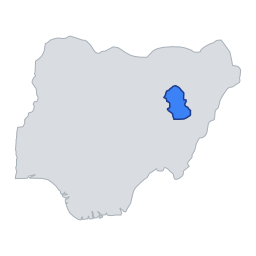 Gombe highlighted on a map of Nigeria
{"feature_id": "NGA-2859", "entity_name": "Gombe", "entity_type": "State", "adm_level": 1, "iso_a3": "NGA", "parent_name": "Nigeria", "parent_adm1": "", "projection": "orthographic", "projection_center": [11.213, 10.454], "detail": "fine", "context": "in_parent", "style": "filled", "palette": "blue", "viewbox_px": 256, "rotation_deg": 0, "n_neighbors": 0, "source": "natural_earth", "source_scale": "10m", "svg_char_len": 4289}
<svg xmlns="http://www.w3.org/2000/svg" viewBox="0 0 256 256"><path d="M221.3,40.1L229.9,52.0L231.8,60.9L232.5,65.3L234.0,65.8L236.6,66.0L238.6,66.9L239.7,68.3L240.5,69.7L240.6,70.5L240.1,75.8L239.5,77.8L239.9,80.4L239.8,81.5L239.5,82.3L238.3,83.2L236.7,84.1L232.9,86.7L231.8,87.1L230.1,87.2L228.7,87.8L227.1,89.2L223.5,94.3L220.4,99.5L218.2,107.8L215.5,110.4L215.0,112.7L214.6,117.9L214.2,119.5L213.8,119.9L210.9,120.9L209.2,122.1L208.2,124.5L206.9,132.5L206.4,133.8L205.5,135.2L204.0,136.7L202.7,137.5L199.3,138.1L196.1,144.1L196.0,145.2L194.6,150.6L192.1,154.7L192.0,157.4L188.9,161.0L187.3,163.5L188.9,166.0L189.1,166.4L183.7,170.8L183.4,171.5L183.2,174.5L182.7,175.3L181.8,176.4L180.3,177.6L178.9,178.5L177.2,179.2L175.6,179.4L174.7,179.0L174.2,178.1L173.3,174.5L172.8,173.7L171.8,172.9L167.7,168.9L165.2,167.5L164.7,167.6L164.2,167.9L163.5,170.0L162.8,170.7L161.5,171.0L159.2,171.0L157.6,170.7L157.2,170.3L156.4,168.7L151.3,172.4L149.5,173.2L147.2,177.5L143.9,179.7L141.7,181.6L135.7,187.5L134.5,189.2L133.3,191.8L130.7,202.9L126.6,209.9L126.0,211.3L125.8,211.3L125.2,211.9L123.6,211.5L122.9,210.2L121.9,210.0L120.2,208.1L119.9,208.4L121.7,213.2L121.0,215.0L115.9,215.0L111.6,215.6L108.6,215.5L107.1,214.8L106.5,213.0L106.2,213.2L106.1,214.2L105.1,214.9L101.8,215.0L100.3,213.8L99.1,212.4L97.8,211.8L98.0,212.3L99.5,213.7L99.3,215.6L96.6,217.8L94.9,217.9L93.8,217.0L93.3,215.4L93.0,213.1L92.3,211.5L91.9,211.5L92.4,214.0L92.4,216.4L93.7,218.2L91.7,218.8L89.3,218.8L89.0,218.1L88.7,216.6L88.3,216.2L87.8,218.8L83.0,219.4L82.3,219.3L82.1,218.8L82.5,218.1L82.4,217.0L81.4,217.8L81.2,219.6L80.6,219.9L78.7,219.6L76.7,218.6L73.5,216.4L69.5,212.6L68.9,211.0L67.7,209.0L65.7,203.4L66.1,203.1L67.0,203.5L67.4,202.9L65.8,202.5L65.4,202.1L65.3,200.9L65.4,199.4L68.0,198.7L68.6,197.8L68.9,196.9L65.8,198.2L62.9,196.6L62.3,195.6L62.6,194.9L66.0,194.9L67.2,194.2L66.4,193.9L65.1,193.9L64.7,193.5L64.7,192.3L64.3,192.6L63.7,193.6L61.8,194.3L60.6,193.5L60.5,191.9L60.3,191.1L59.3,190.5L56.0,186.1L51.7,182.3L47.9,179.7L42.1,178.4L30.1,178.2L29.4,177.8L30.2,177.3L31.2,176.9L35.1,175.0L34.5,174.7L30.4,175.8L29.0,175.9L27.2,178.3L15.4,178.6L15.4,177.4L16.0,174.2L16.8,172.0L16.0,169.3L15.8,166.9L16.4,166.1L16.5,165.2L16.5,159.0L17.2,158.1L17.2,157.4L16.0,154.7L16.1,152.7L15.9,150.7L15.5,149.8L16.1,142.2L16.0,140.3L16.4,138.9L16.7,135.6L16.8,132.4L17.7,127.3L22.7,126.8L24.0,124.8L24.8,122.3L24.6,119.8L26.3,117.7L28.3,115.8L28.3,113.6L28.8,113.0L29.8,112.5L31.1,112.3L32.7,111.3L33.6,109.4L34.4,106.5L33.2,104.4L33.2,103.9L33.8,102.8L34.6,101.7L35.2,101.4L36.7,101.7L37.1,101.2L38.2,98.0L38.1,97.1L36.8,94.9L36.2,88.9L35.8,88.1L34.8,87.0L32.1,82.7L32.2,80.8L33.4,78.2L34.2,77.0L35.3,76.4L35.6,75.8L35.3,75.1L34.7,74.5L34.6,73.4L35.2,71.8L35.1,70.0L35.6,61.1L38.0,59.4L41.4,56.5L43.1,53.5L44.1,51.2L45.4,43.6L47.2,42.8L50.6,40.0L55.1,38.5L58.1,38.0L63.2,38.5L65.8,38.2L68.1,36.8L69.1,36.4L70.5,36.1L83.2,40.3L84.4,40.2L85.4,40.5L87.0,41.5L90.7,45.3L94.5,51.2L95.8,52.4L97.0,53.1L98.2,53.3L99.2,53.3L100.1,52.7L101.4,51.7L103.3,51.2L104.8,51.3L112.9,47.0L113.7,46.9L118.6,47.9L125.3,52.4L130.8,55.4L134.6,56.4L139.2,57.1L146.9,57.3L152.8,51.1L154.9,49.8L157.6,48.6L163.0,47.4L172.0,46.7L180.4,47.0L185.7,48.1L191.2,50.1L193.6,52.0L197.4,52.3L200.1,51.9L200.9,50.0L203.6,47.5L207.6,45.1L210.9,43.5L213.6,42.7L216.0,40.8L217.9,40.2L221.3,40.1ZM102.1,217.5L100.2,218.1L99.0,217.9L100.7,215.4L101.5,216.0L102.6,216.2L102.1,217.5Z" fill="#d9dde1" stroke="#a8b0b8" stroke-width="1"/><path d="M174.0,119.2L174.1,118.7L173.7,118.2L173.2,117.1L172.9,115.9L172.7,114.6L172.2,113.4L168.3,110.5L167.5,109.4L167.6,108.7L169.8,107.6L169.8,107.1L169.7,106.5L169.8,103.9L169.4,102.7L168.2,101.9L166.8,101.3L166.6,99.8L166.0,98.5L164.0,97.6L164.1,97.1L165.1,95.7L165.4,95.0L166.0,92.7L166.6,91.3L167.1,90.8L168.6,90.4L169.2,89.9L170.1,88.7L171.9,87.6L172.3,87.1L172.6,86.7L173.0,86.4L175.6,85.7L178.2,87.0L179.4,87.9L180.4,89.1L181.3,90.3L183.3,92.3L183.7,92.8L183.8,93.5L183.6,97.9L183.7,99.2L183.9,99.8L185.2,99.9L185.9,99.9L186.2,101.5L184.8,103.8L184.7,104.6L185.1,105.5L185.7,106.2L186.4,106.7L187.2,107.0L187.9,107.5L189.2,109.5L190.5,110.4L190.4,112.0L190.5,114.6L190.2,115.4L189.5,115.9L186.0,118.1L184.4,118.8L182.6,119.1L176.0,119.3L174.0,119.2Z" fill="#3b82f6" stroke="#1e3a8a" stroke-width="1.5"/></svg>